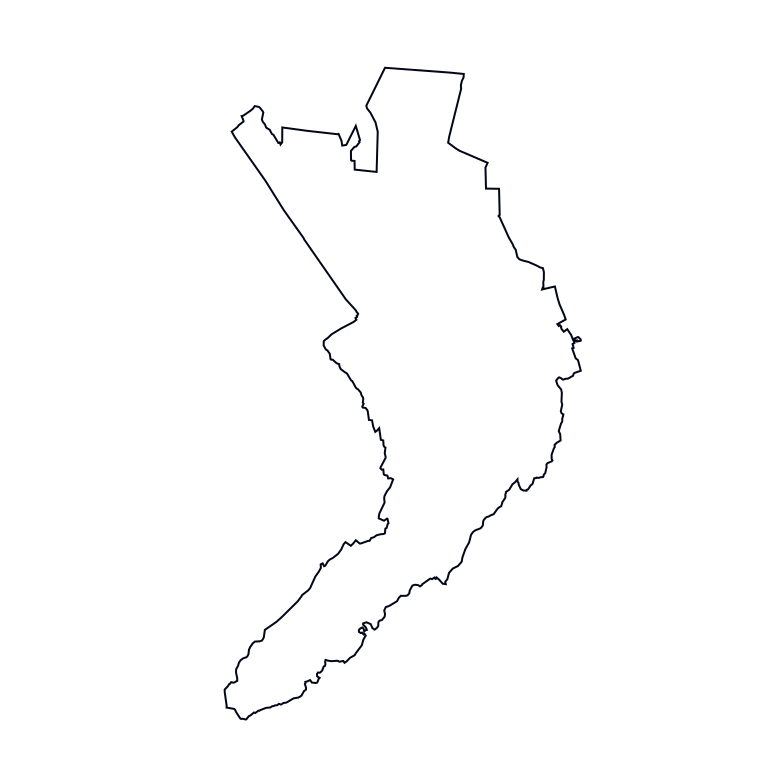 the district of Cotesti, Vrancea, Romania, rotated 262°
{"feature_id": "2599482B92472174610530", "entity_name": "Cotesti", "entity_type": "district", "adm_level": 2, "iso_a3": "ROU", "parent_name": "Romania", "parent_adm1": "Vrancea", "projection": "natural_earth1", "projection_center": [27.048, 45.655], "detail": "fine", "context": "isolated", "style": "outline", "palette": "ink", "viewbox_px": 768, "rotation_deg": 262, "n_neighbors": 0, "source": "geoboundaries", "source_scale": "gbopen_adm2", "svg_char_len": 6113}
<svg xmlns="http://www.w3.org/2000/svg" viewBox="0 0 768 768"><g transform="rotate(262 384 384)"><path d="M683.2,492.6L697.0,429.0L662.0,405.2L659.2,405.6L654.6,408.3L644.2,412.0L634.7,412.9L595.0,406.2L600.4,384.8L609.0,385.9L609.7,382.9L610.4,382.5L619.4,383.7L622.9,387.7L623.1,389.6L626.9,393.5L627.9,393.1L628.9,394.2L643.5,392.0L626.4,380.2L626.0,379.9L625.9,375.8L630.6,375.8L638.0,373.8L637.8,372.8L645.2,343.9L652.2,319.0L637.4,316.8L635.6,314.9L637.7,314.6L637.8,314.3L637.2,313.7L637.4,312.9L646.1,309.2L647.4,307.7L651.7,306.2L653.9,303.4L654.7,302.9L657.5,302.3L660.6,300.4L663.0,299.9L669.7,302.3L671.2,301.7L674.8,299.6L675.9,298.5L677.2,294.6L674.8,292.4L673.1,289.6L669.3,281.9L669.1,280.3L664.4,281.5L663.4,281.3L660.5,276.2L658.7,274.4L655.1,268.3L648.8,270.8L601.7,294.9L570.2,308.9L539.9,324.6L538.0,325.2L473.1,358.0L460.5,366.6L459.4,366.8L457.2,368.2L455.9,367.4L455.4,366.5L454.3,366.8L453.3,364.9L451.5,365.6L449.6,362.3L445.0,349.4L440.5,339.0L437.1,334.3L436.3,332.4L434.8,330.3L430.6,329.6L426.3,331.2L425.0,332.7L421.5,334.5L416.1,334.5L415.6,334.8L415.2,336.6L411.2,339.9L409.9,342.4L407.8,342.3L404.8,343.2L401.1,346.9L399.6,348.8L393.3,351.4L391.7,352.3L391.2,353.1L384.8,355.4L383.5,356.1L382.5,357.4L378.8,359.8L376.2,360.1L373.5,361.3L372.1,361.4L368.4,360.4L367.3,361.1L364.7,359.4L364.2,359.4L363.7,359.6L362.8,362.4L360.9,363.6L359.6,364.1L350.5,364.1L349.7,367.1L343.3,367.4L337.8,368.7L338.9,370.7L340.9,373.1L329.2,373.1L328.2,375.4L323.1,375.0L321.7,375.6L320.8,376.6L315.5,375.1L311.5,375.5L310.5,375.2L301.9,369.0L301.1,368.7L299.5,369.7L299.5,371.4L294.7,371.2L293.9,371.7L292.8,374.6L289.9,375.0L289.8,377.6L288.3,379.8L280.9,375.7L277.3,371.9L272.8,368.8L270.4,368.2L266.5,368.1L256.6,361.5L254.3,360.6L251.7,360.1L248.6,365.0L250.3,368.3L250.0,368.7L245.6,369.1L244.7,368.1L241.1,366.6L240.6,365.2L235.9,364.1L235.5,362.2L235.7,360.4L235.3,355.7L233.7,352.8L233.2,349.8L231.0,348.2L230.6,347.4L230.9,346.6L229.3,338.9L229.4,337.7L233.2,334.4L230.1,331.0L228.4,328.6L232.8,323.9L230.9,321.7L226.1,318.6L222.3,315.0L218.9,309.2L217.8,306.1L216.4,303.9L212.2,300.5L211.9,299.3L214.9,298.3L214.2,296.2L210.7,295.9L207.3,293.4L202.9,289.2L192.1,282.4L190.2,280.2L186.3,273.4L185.2,272.7L180.8,268.3L167.6,250.6L163.2,244.0L157.1,231.8L149.8,229.7L147.9,228.4L146.8,227.1L146.5,225.1L146.9,220.3L145.5,218.0L142.3,215.0L139.7,213.3L135.3,212.2L133.4,210.8L132.5,209.7L132.1,206.8L131.2,205.0L130.4,203.5L128.1,201.5L125.1,200.2L122.3,198.0L121.2,197.7L118.6,197.3L113.1,197.7L110.5,197.4L109.3,194.2L109.2,193.0L109.9,191.5L109.9,190.9L108.6,189.9L108.2,188.7L106.5,187.4L103.6,183.7L101.3,183.4L87.0,183.4L85.5,183.0L83.1,190.4L82.1,191.2L79.9,191.8L72.8,195.1L72.2,196.0L72.2,197.4L71.0,200.4L71.1,201.0L73.8,203.8L74.5,205.8L76.8,209.5L76.1,210.7L78.0,214.2L77.8,215.2L78.3,216.1L79.7,222.2L79.5,226.4L80.5,228.5L80.4,230.1L80.9,231.0L80.8,233.4L81.9,235.5L80.9,237.3L81.0,237.9L82.1,239.9L82.1,243.0L85.3,250.7L85.4,255.4L86.1,257.4L87.0,259.0L91.0,262.0L92.2,264.2L94.3,264.5L98.0,263.9L98.5,264.5L100.0,264.6L100.1,266.3L101.1,269.6L98.4,271.0L97.4,274.8L97.6,276.1L98.2,276.7L100.9,278.1L101.9,279.3L103.8,277.1L106.1,277.2L107.5,278.5L107.1,279.7L107.2,280.7L108.8,282.9L112.7,285.0L113.0,286.3L114.6,286.9L117.4,287.1L118.9,287.7L117.8,290.2L116.8,293.6L116.4,299.6L115.2,301.1L115.4,305.2L113.4,306.1L114.6,308.5L117.6,312.3L119.5,317.2L121.3,318.6L128.3,325.6L133.9,328.1L137.5,330.9L139.3,329.9L138.8,329.0L140.9,327.6L140.6,326.3L142.0,324.7L143.6,324.8L144.5,325.4L145.6,327.5L145.9,328.8L144.4,329.7L141.8,330.0L142.8,331.7L142.9,332.8L145.3,332.2L148.7,329.8L149.8,330.0L150.5,333.4L148.1,337.4L143.8,338.6L142.1,340.5L142.5,341.3L143.7,343.3L145.2,344.6L148.5,345.2L149.7,345.9L150.4,347.2L150.5,349.0L153.3,352.1L155.8,353.0L159.7,352.7L162.8,354.7L163.5,358.2L167.1,366.7L170.3,369.0L172.0,371.4L171.6,372.8L171.2,376.5L171.5,378.0L173.2,379.9L175.8,380.7L180.4,384.0L180.9,386.5L180.1,389.8L178.6,391.5L179.5,393.4L180.5,394.2L184.7,402.4L184.8,402.9L184.1,404.5L185.3,406.9L183.8,407.8L183.9,408.3L185.2,409.0L182.4,411.5L178.1,414.3L177.2,417.3L179.6,417.1L181.9,419.6L187.9,422.1L191.7,426.5L193.5,432.0L197.2,436.2L201.3,437.5L209.2,441.6L215.2,446.2L222.3,449.1L223.7,450.2L225.1,451.7L226.4,454.0L227.6,459.3L228.2,460.2L229.8,461.9L230.9,462.4L234.2,463.1L235.7,464.1L237.3,466.0L238.0,467.2L238.2,469.2L239.3,471.9L239.7,474.3L244.5,478.9L245.6,480.3L246.7,483.1L250.5,484.8L254.6,488.4L257.8,488.8L259.1,489.6L260.1,489.7L261.9,493.3L266.8,497.2L268.5,500.1L271.0,502.9L268.8,502.7L267.3,503.4L265.2,503.5L260.9,504.8L259.2,507.1L258.5,510.3L259.3,510.6L259.7,512.0L260.6,512.9L263.1,515.0L264.4,517.2L269.7,519.6L269.7,521.6L270.1,521.9L269.6,523.7L269.5,524.8L269.9,525.7L269.7,528.5L270.4,529.1L271.8,529.5L273.4,531.3L278.9,533.4L281.7,533.7L282.9,535.0L284.1,539.4L284.9,540.2L286.3,539.6L290.6,540.1L296.5,543.2L297.7,544.3L299.9,544.4L301.7,546.8L303.5,551.0L309.7,551.5L313.1,550.5L320.2,553.8L321.9,555.2L324.8,555.7L328.9,557.4L330.2,555.8L332.4,555.3L338.7,557.6L341.9,557.3L350.6,558.9L353.9,558.7L358.8,555.7L363.4,554.9L365.9,557.6L366.2,558.4L365.2,560.0L363.4,561.8L363.9,564.9L363.7,566.9L365.9,572.4L367.9,573.3L368.5,574.4L369.7,580.7L379.4,579.6L381.0,579.2L382.1,577.9L383.1,577.3L393.1,575.3L393.4,576.8L397.3,576.3L398.1,578.3L401.4,577.6L402.0,579.1L399.8,579.4L400.3,581.0L399.2,581.1L399.4,584.7L399.7,585.0L400.9,584.9L403.4,583.0L403.5,582.4L402.0,577.2L406.4,576.2L412.8,573.1L410.8,569.3L413.7,567.5L415.9,567.1L416.1,567.4L416.7,567.1L417.8,566.4L417.1,565.2L419.2,564.0L422.6,572.9L427.2,572.0L438.5,568.9L444.7,567.9L456.8,566.8L455.6,553.7L457.7,554.8L457.8,555.4L462.7,555.9L465.1,556.8L472.5,557.9L476.6,557.5L477.7,554.8L480.0,551.7L484.6,544.3L487.5,537.4L488.7,535.4L491.3,533.7L498.6,533.1L501.5,531.6L504.5,530.9L511.6,528.0L533.2,521.7L534.1,520.8L534.7,520.9L535.3,522.1L561.3,525.1L563.3,512.2L584.2,514.6L588.6,517.4L604.3,491.5L606.9,488.3L614.0,481.1L619.9,483.0L665.7,501.5L669.2,501.7L673.5,503.4L676.4,505.4L679.9,506.2L683.2,492.6Z" fill="none" stroke="#020617" stroke-width="2"/></g></svg>